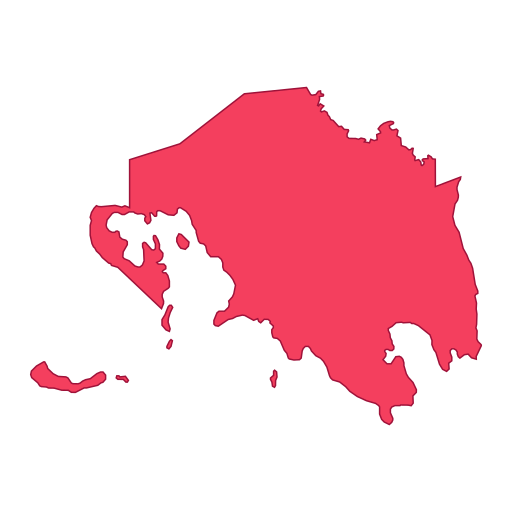 the district of National Capital District, National Capital District, Papua New Guinea
{"feature_id": "67681753B89852769449867", "entity_name": "National Capital District", "entity_type": "district", "adm_level": 2, "iso_a3": "PNG", "parent_name": "Papua New Guinea", "parent_adm1": "National Capital District", "projection": "mercator", "projection_center": [147.2, -9.446], "detail": "fine", "context": "isolated", "style": "filled", "palette": "rose", "viewbox_px": 512, "rotation_deg": 0, "n_neighbors": 0, "source": "geoboundaries", "source_scale": "gbopen_adm2", "svg_char_len": 6078}
<svg xmlns="http://www.w3.org/2000/svg" viewBox="0 0 512 512"><path d="M161.5,308.7L163.5,303.6L163.6,301.1L162.2,297.0L162.2,294.3L163.6,291.3L168.3,288.2L169.4,286.8L169.4,281.0L167.8,275.5L165.8,272.8L163.3,272.8L162.3,271.7L162.8,270.7L165.8,268.7L165.8,266.2L163.8,264.1L158.3,264.1L156.7,262.4L159.8,261.0L161.8,259.0L162.8,256.3L162.9,253.2L159.4,249.1L159.5,244.6L157.9,239.8L155.5,235.7L154.0,235.5L153.4,236.3L153.4,239.4L155.4,243.9L155.4,248.7L153.7,250.1L151.7,249.7L145.7,242.8L144.1,242.3L142.6,243.4L142.6,246.9L143.6,249.6L144.1,260.9L142.4,265.0L140.0,267.0L138.0,267.0L134.9,266.0L129.2,260.8L124.2,258.7L122.8,257.0L123.2,251.9L127.3,244.7L127.3,241.7L125.9,240.2L122.3,239.2L119.8,237.1L118.9,231.9L117.2,231.0L115.8,231.3L114.8,232.3L112.1,232.3L109.1,230.8L106.7,227.7L106.1,225.1L107.1,219.9L112.3,213.4L114.3,212.4L118.0,212.4L122.0,214.5L124.5,214.5L129.2,211.9L133.7,211.9L134.7,212.9L137.7,214.0L141.4,213.6L144.4,214.7L145.8,216.7L144.8,218.2L144.8,220.8L147.4,223.9L149.6,222.8L150.9,220.3L149.9,213.1L151.6,212.7L154.6,216.2L155.9,216.3L156.6,215.8L156.7,211.7L157.7,210.7L160.1,210.7L168.2,214.8L173.9,215.3L177.0,212.8L177.4,209.1L179.1,207.7L180.5,207.7L186.2,211.3L189.6,215.4L191.6,220.6L192.2,224.3L196.2,230.5L196.2,232.5L198.6,241.2L200.2,243.2L203.6,243.9L205.7,245.9L207.2,252.5L210.7,256.7L218.4,256.7L221.4,259.4L222.8,262.9L222.8,267.0L223.8,270.1L226.8,272.2L229.9,275.3L232.9,279.4L235.5,285.2L233.8,293.8L232.4,296.9L228.7,301.0L229.3,304.1L228.6,307.2L224.5,311.2L219.0,311.2L217.0,312.8L213.9,320.4L213.9,324.1L215.3,325.6L218.3,326.2L228.2,319.5L232.6,318.5L236.3,316.5L242.4,315.1L244.9,315.5L253.6,320.3L257.7,318.7L258.7,321.4L260.7,322.8L264.2,319.3L268.2,319.4L270.3,321.4L269.9,322.9L273.3,326.0L273.3,327.6L271.8,329.7L271.8,332.8L272.8,336.9L273.8,337.9L277.3,338.4L280.3,341.0L284.3,350.3L286.9,353.4L288.3,358.0L289.3,359.0L293.9,360.0L299.5,359.7L301.2,358.1L302.2,350.9L303.3,348.4L305.3,346.4L308.4,346.4L310.4,348.5L311.4,350.9L315.8,355.7L320.5,358.2L323.5,361.3L326.9,367.1L329.5,375.7L330.5,377.8L332.6,379.9L339.7,382.0L345.7,386.7L349.8,391.3L357.3,396.5L366.4,400.7L375.6,403.4L378.6,405.5L379.6,406.9L379.6,414.1L381.6,419.3L384.2,422.0L389.3,424.5L391.7,422.4L392.8,420.0L392.8,418.3L390.4,412.8L390.4,409.1L391.8,407.0L394.9,405.6L400.0,405.6L400.6,405.0L408.1,405.1L411.2,405.7L413.2,403.1L412.9,395.9L416.3,392.4L416.4,389.7L413.0,382.5L408.3,377.3L406.3,373.8L403.9,365.6L403.9,362.9L402.9,359.4L401.3,357.3L399.3,356.3L395.8,356.7L391.1,363.8L387.0,363.8L383.0,359.7L385.7,356.2L386.1,353.5L384.7,351.5L384.7,350.4L386.1,349.4L388.1,349.4L389.8,350.5L392.2,350.5L393.8,349.0L393.9,346.4L392.2,343.9L391.9,340.8L390.3,337.7L389.9,334.0L388.3,330.5L388.3,328.5L392.0,326.4L396.1,322.7L401.5,322.2L403.2,322.8L410.3,322.4L411.7,323.5L413.8,323.5L418.4,325.6L430.0,334.9L432.0,340.5L431.9,344.6L433.9,349.7L435.9,352.4L439.5,364.2L442.6,369.3L446.6,371.4L449.1,369.0L448.7,363.2L451.8,360.8L451.8,357.1L450.2,352.9L450.2,350.5L451.9,348.8L453.9,348.8L455.9,349.9L457.3,352.0L457.3,354.0L458.3,356.7L459.9,358.1L464.4,354.7L468.1,354.1L471.5,357.8L476.3,359.2L476.2,356.4L481.3,345.7L481.1,344.6L478.1,341.7L476.8,339.1L477.1,330.9L475.9,327.9L476.6,324.3L476.9,314.1L476.2,309.1L476.5,303.1L474.9,295.9L475.8,294.4L477.8,293.4L477.8,291.1L475.2,284.4L472.6,268.2L470.9,263.3L468.8,260.1L466.9,255.2L463.2,248.5L459.1,232.3L454.9,225.3L452.7,216.6L455.0,204.0L457.5,200.3L458.3,197.3L458.4,195.1L457.0,189.6L457.0,187.2L458.7,181.7L460.3,179.5L460.7,177.0L435.4,186.6L435.3,159.2L432.5,158.9L431.1,156.8L428.4,155.2L427.8,155.7L428.0,158.6L423.2,158.9L422.3,159.7L422.4,160.6L424.2,162.0L423.7,164.3L422.0,165.6L421.2,165.0L420.8,162.0L418.7,159.6L415.1,160.6L414.7,159.9L415.2,156.9L413.2,155.1L412.4,153.4L413.2,148.4L412.1,148.2L410.6,149.6L408.9,149.9L405.7,147.0L401.3,145.6L400.6,138.1L396.9,135.8L398.0,130.6L396.4,129.1L393.4,130.0L391.9,129.9L389.8,128.0L389.3,125.6L393.4,123.6L393.6,122.5L392.9,121.7L390.5,121.3L387.9,121.8L383.7,123.4L380.5,125.8L378.1,128.9L380.5,131.7L380.6,132.9L376.7,134.6L377.2,139.7L374.2,140.6L370.8,139.3L369.5,142.8L364.3,141.9L365.7,140.1L364.6,138.9L361.0,138.1L358.5,139.3L355.7,138.5L349.0,138.4L347.1,136.8L347.1,133.9L348.6,130.8L348.2,129.7L344.2,129.4L341.5,126.3L338.7,126.6L333.2,120.5L330.7,119.6L329.4,116.7L327.9,115.1L327.0,112.4L324.4,110.9L321.4,111.9L320.5,111.1L321.2,108.8L323.8,106.0L320.2,103.8L318.6,105.9L317.6,105.4L319.6,99.4L319.4,96.6L323.2,96.0L323.6,95.0L323.3,94.3L320.9,93.7L320.5,90.9L318.4,91.3L315.8,94.6L312.0,95.2L310.6,94.5L306.5,87.5L244.3,93.8L179.9,143.8L129.6,159.7L129.6,207.7L124.9,205.8L121.8,207.1L115.1,205.4L101.3,206.7L98.4,206.5L96.4,205.7L94.0,208.3L91.5,212.5L90.2,217.3L91.5,220.6L90.2,225.3L90.2,235.3L92.0,243.6L93.5,246.8L94.8,248.0L96.4,251.0L99.8,254.2L102.3,257.6L108.7,263.1L110.7,263.6L111.5,265.4L117.8,267.3L161.5,308.7ZM43.6,361.9L36.5,366.0L31.4,371.1L30.7,374.6L31.7,377.6L37.8,382.8L39.8,385.9L41.4,386.6L46.5,387.0L48.5,388.0L54.0,388.1L61.8,390.2L68.3,390.3L71.3,392.3L75.4,392.4L84.2,387.9L86.6,387.9L97.8,385.3L100.9,382.9L102.9,382.3L105.6,379.2L105.6,375.1L103.0,372.0L100.6,372.0L96.9,373.6L90.3,378.7L85.6,379.7L82.6,381.1L80.1,383.1L78.1,383.8L73.0,383.7L71.4,383.1L67.9,377.9L65.9,376.9L58.2,376.4L53.1,373.7L47.7,368.5L47.1,366.2L44.7,361.9L43.6,361.9ZM164.9,314.9L162.0,319.6L162.0,325.2L166.0,329.9L169.4,331.4L170.1,328.9L168.1,322.1L168.5,318.0L170.2,312.5L172.7,307.4L171.3,305.3L169.6,305.3L168.2,306.7L164.9,314.9ZM178.9,233.8L176.8,237.9L176.8,241.6L178.8,245.7L180.8,248.2L185.3,249.3L188.4,246.2L189.0,242.1L181.3,234.5L178.9,233.8ZM274.6,370.2L273.6,371.2L273.6,375.3L270.5,378.0L270.5,379.4L271.9,382.1L272.5,386.2L274.5,387.3L275.5,385.6L275.6,380.5L277.0,377.0L276.6,371.9L274.6,370.2ZM116.8,375.8L116.2,377.9L117.8,379.3L123.3,379.4L125.9,382.1L127.4,382.1L128.4,380.4L125.4,376.3L119.9,376.9L118.9,375.8L116.8,375.8ZM171.0,339.6L169.4,341.3L166.9,346.4L166.9,347.8L168.9,348.9L171.0,346.4L172.4,340.7L171.0,339.6Z" fill="#f43f5e" stroke="#9f1239" stroke-width="1.5"/></svg>